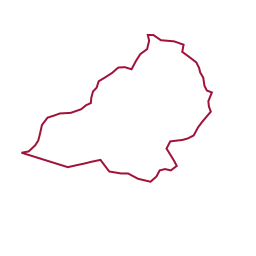 outline of Lagoa do Carro, Pernambuco, Brazil, rotated 319°
{"feature_id": "56859067B2234045348506", "entity_name": "Lagoa do Carro", "entity_type": "district", "adm_level": 2, "iso_a3": "BRA", "parent_name": "Brazil", "parent_adm1": "Pernambuco", "projection": "mercator", "projection_center": [-35.335, -7.857], "detail": "fine", "context": "isolated", "style": "outline", "palette": "rose", "viewbox_px": 256, "rotation_deg": 319, "n_neighbors": 0, "source": "geoboundaries", "source_scale": "gbopen_adm2", "svg_char_len": 920}
<svg xmlns="http://www.w3.org/2000/svg" viewBox="0 0 256 256"><g transform="rotate(319 128 128)"><path d="M31.4,76.8L56.9,118.1L64.0,121.9L71.6,126.1L78.6,129.7L86.3,134.0L85.3,148.5L92.9,157.7L98.2,162.3L102.2,172.8L109.7,183.3L117.5,183.3L124.1,180.8L129.0,183.3L132.5,188.1L139.9,188.6L141.2,183.3L143.6,168.8L151.1,165.8L161.2,172.7L166.2,175.1L172.7,176.7L181.2,173.5L188.1,172.0L201.2,170.0L203.2,164.8L206.2,160.5L214.6,156.2L212.1,151.4L213.4,146.3L217.8,139.4L218.9,133.5L221.1,129.2L222.6,123.2L220.4,112.7L218.9,106.1L224.6,101.6L219.6,92.8L210.4,83.3L208.2,74.6L204.0,70.8L201.2,76.0L194.2,81.0L185.8,80.3L178.0,82.6L169.2,86.0L165.5,80.0L160.3,76.0L152.1,76.0L143.9,74.8L136.5,73.5L130.8,77.0L125.5,77.5L120.3,81.0L116.3,84.8L111.3,83.3L104.9,83.1L94.7,79.0L86.1,72.3L80.8,70.3L74.1,67.4L65.0,69.3L56.3,75.7L52.0,78.6L46.5,80.2L37.6,80.5L31.4,76.8Z" fill="none" stroke="#9f1239" stroke-width="2"/></g></svg>